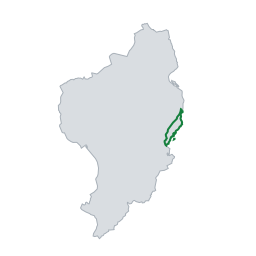 where Bushehr sits in Iran, rotated 244°
{"feature_id": "IRN-3210", "entity_name": "Bushehr", "entity_type": "Province", "adm_level": 1, "iso_a3": "IRN", "parent_name": "Iran", "parent_adm1": "", "projection": "mercator", "projection_center": [51.169, 28.786], "detail": "fine", "context": "in_parent", "style": "outline", "palette": "green", "viewbox_px": 256, "rotation_deg": 244, "n_neighbors": 0, "source": "natural_earth", "source_scale": "10m", "svg_char_len": 5821}
<svg xmlns="http://www.w3.org/2000/svg" viewBox="0 0 256 256"><g transform="rotate(244 128 128)"><path d="M130.3,77.2L132.8,77.4L137.3,75.8L137.7,75.4L139.1,72.3L140.7,70.9L143.5,69.2L145.3,68.6L151.5,68.8L152.0,67.6L153.0,66.9L159.8,67.3L160.9,68.3L161.3,70.1L166.9,71.7L168.1,72.2L169.5,73.6L170.6,73.9L172.1,73.3L173.0,73.7L174.4,73.4L178.8,75.3L179.4,77.3L180.2,78.3L181.2,79.1L184.7,80.7L185.7,81.5L188.2,85.2L195.2,85.1L195.7,85.9L195.6,87.5L196.1,91.2L195.5,92.6L196.4,93.8L196.3,96.1L196.7,97.7L195.8,100.0L195.0,100.4L195.5,102.4L194.8,104.3L194.9,105.0L193.8,106.6L193.7,107.2L191.7,108.7L193.1,110.9L190.9,111.0L189.5,113.3L189.9,116.1L189.5,117.5L189.7,118.3L190.3,118.8L193.3,119.4L193.4,119.7L190.2,123.7L190.3,125.2L192.6,133.2L192.2,137.2L192.5,141.2L200.1,142.4L200.9,143.4L201.5,145.7L201.5,147.3L201.2,148.2L192.7,158.4L197.0,163.4L197.2,164.5L199.8,169.4L202.2,171.9L206.3,173.3L208.2,175.1L210.0,175.0L209.8,177.5L210.5,182.6L209.9,185.0L211.4,185.5L213.7,185.1L214.5,185.6L214.9,186.4L214.4,186.9L214.4,188.9L213.9,189.3L213.6,191.2L210.2,191.3L207.1,192.1L206.0,192.8L205.3,194.2L204.3,194.0L204.0,194.6L201.7,195.5L200.9,199.3L200.1,200.2L199.4,205.7L198.9,205.8L197.9,206.7L191.1,204.9L190.4,203.6L189.7,203.4L188.7,204.6L185.3,203.9L184.2,204.1L183.5,203.8L181.7,203.7L180.2,202.9L176.5,203.6L174.3,202.2L171.9,201.8L168.9,201.8L166.5,200.8L165.3,201.2L164.7,200.5L161.1,199.8L159.9,197.4L159.9,196.2L159.0,194.0L158.7,190.9L157.9,188.6L156.4,186.8L152.3,185.7L150.1,186.2L148.5,187.3L145.9,187.9L143.9,190.0L142.7,189.8L137.9,192.7L136.8,192.6L133.3,190.7L131.7,190.4L128.4,190.5L126.6,189.2L126.1,188.3L121.9,186.2L119.2,184.4L118.4,182.7L117.3,181.4L114.7,180.4L113.3,179.3L109.3,178.9L106.5,176.2L106.5,175.3L104.8,172.3L104.5,170.1L104.2,169.5L102.8,168.6L102.6,168.0L102.9,166.6L101.1,165.7L100.8,165.1L100.8,162.9L96.5,157.7L95.6,154.8L94.8,154.7L90.9,156.6L89.8,155.5L86.4,153.7L86.0,153.0L86.8,152.7L87.7,153.0L88.2,152.6L88.0,152.0L87.1,151.6L86.0,151.6L86.3,152.2L85.2,152.8L85.0,153.5L85.2,155.6L84.8,156.2L83.0,156.6L81.9,157.3L80.8,156.5L80.5,154.9L79.9,153.9L79.0,153.5L78.3,152.5L77.1,152.0L77.0,146.5L74.0,146.4L74.0,142.2L75.4,138.0L72.5,134.3L71.3,131.3L70.5,130.8L69.0,130.9L64.0,127.0L62.3,125.9L59.9,125.6L59.6,124.2L60.2,122.7L59.1,120.7L58.7,120.1L57.8,119.9L57.8,118.6L56.5,118.7L54.1,115.2L53.5,114.7L54.8,112.0L53.8,109.8L54.4,108.0L55.6,108.1L56.0,105.6L58.2,103.1L60.1,102.0L60.3,101.2L59.9,99.9L58.7,98.2L58.9,96.7L59.2,96.0L61.3,95.2L61.4,94.9L60.4,94.3L56.9,94.3L54.9,92.6L53.1,92.2L52.1,88.4L51.7,87.9L50.9,87.8L50.4,87.1L50.1,84.5L48.8,83.4L47.8,79.6L47.7,78.7L48.0,77.8L46.0,76.2L45.8,73.7L46.2,73.1L43.9,71.2L42.9,71.1L42.8,70.8L44.3,66.8L44.9,65.9L43.6,65.3L43.6,63.4L43.2,61.7L43.3,60.1L42.4,59.0L42.2,58.3L42.5,56.6L41.6,55.7L41.1,53.8L44.4,53.3L45.0,50.5L46.2,49.3L48.2,50.7L51.2,55.3L52.9,56.6L54.2,58.2L60.4,59.8L61.8,59.2L63.9,59.3L66.6,56.5L67.8,56.1L71.0,53.3L74.9,50.7L76.9,50.3L79.8,53.6L78.2,54.6L77.9,55.4L78.1,56.2L79.4,57.1L79.6,58.0L79.1,58.5L77.4,59.0L76.9,59.9L78.8,61.4L79.7,62.7L80.7,63.0L82.3,65.0L84.8,64.8L85.3,69.6L86.7,73.6L89.3,75.2L96.1,76.5L96.9,77.3L98.0,79.4L99.8,81.0L105.0,84.0L110.8,85.5L114.7,85.4L128.9,81.9L130.3,81.9L128.1,82.8L128.9,83.2L130.8,83.2L131.2,82.8L131.2,82.2L130.3,77.2ZM150.8,188.5L149.9,189.7L148.6,190.7L147.7,190.4L143.9,191.9L142.9,191.8L142.7,191.3L146.9,189.6L147.1,189.1L146.9,188.2L148.2,188.6L149.7,187.8L151.0,187.6L151.6,188.2L150.8,188.5Z" fill="#d9dde1" stroke="#a8b0b8" stroke-width="1"/><path d="M119.1,184.4L118.4,184.1L118.2,183.9L118.2,183.7L118.3,183.6L118.5,183.5L118.8,183.5L119.0,183.5L119.1,183.4L119.0,183.1L118.9,183.0L118.5,182.9L118.4,182.8L118.3,182.6L118.2,182.3L118.1,182.2L117.4,181.5L117.1,181.3L116.8,181.1L115.2,180.8L114.9,180.6L113.8,179.6L113.5,179.4L113.1,179.2L112.7,179.2L112.0,179.2L111.9,179.2L111.7,179.1L111.4,179.1L111.1,179.2L110.5,179.3L110.1,179.2L109.4,179.1L109.2,179.0L109.2,178.9L108.8,178.7L108.5,178.6L108.3,178.4L108.1,178.1L107.8,177.9L107.8,178.2L107.6,178.2L107.4,177.6L107.2,177.3L107.1,177.0L106.8,176.4L106.6,176.3L106.4,176.1L106.4,175.9L106.6,175.3L106.6,175.1L106.4,174.8L106.1,174.5L105.9,174.3L105.6,173.8L105.3,173.5L105.3,173.4L104.7,172.1L104.6,171.7L104.6,170.4L104.5,170.0L104.3,169.6L104.1,169.3L103.8,169.1L103.4,169.1L103.0,169.0L102.9,169.0L102.8,168.9L102.7,168.7L102.3,168.1L102.2,167.9L102.2,167.7L102.2,167.4L102.4,167.3L102.6,167.4L102.7,167.5L102.9,167.7L103.0,167.9L103.1,167.7L103.1,167.4L103.3,167.3L103.3,167.2L103.4,166.9L103.3,166.7L103.1,166.6L103.0,166.3L103.0,166.2L102.8,166.1L102.7,166.1L102.6,165.9L102.3,165.8L101.6,165.8L101.2,166.0L100.8,165.8L100.7,165.5L100.7,165.2L100.8,165.0L100.8,164.8L100.9,164.7L101.0,164.6L101.2,164.3L101.1,164.2L100.9,164.0L101.0,163.7L101.0,163.3L100.9,162.9L100.9,162.6L100.8,162.4L100.6,162.2L100.4,162.1L100.4,162.4L100.1,161.9L99.7,161.5L99.6,161.4L99.5,161.2L99.4,161.0L99.1,160.7L98.5,160.5L98.5,160.4L98.4,160.2L98.0,159.7L97.8,159.4L97.4,158.6L97.2,158.3L97.0,158.1L96.6,157.9L96.3,157.5L96.2,157.5L96.2,157.4L96.2,157.2L96.3,157.1L96.3,156.9L96.2,156.9L96.3,156.5L96.1,155.9L96.1,155.6L95.8,155.3L95.7,155.1L95.6,154.9L95.4,154.7L96.0,154.4L96.9,154.3L97.4,154.5L98.8,154.6L99.9,155.0L100.2,155.2L100.4,155.4L100.4,155.9L100.6,156.7L101.1,157.1L101.6,158.3L102.1,158.4L104.1,158.6L105.4,159.0L106.0,159.7L106.5,160.8L107.1,161.8L107.7,162.4L108.4,162.7L109.2,163.4L113.2,171.0L113.5,172.0L114.8,175.7L115.0,176.1L115.4,176.2L115.7,176.4L116.4,177.2L117.6,179.9L118.8,181.4L119.9,182.5L121.7,183.8L121.4,184.0L121.2,184.1L120.8,184.1L120.4,183.9L120.2,183.9L119.6,184.0L119.4,184.1L119.1,184.4ZM97.7,164.5L97.9,164.5L98.0,164.6L97.9,164.8L98.0,164.9L97.9,165.1L97.7,165.0L97.6,164.8L97.6,164.6L97.6,164.4L97.7,164.5Z" fill="none" stroke="#15803d" stroke-width="2"/></g></svg>